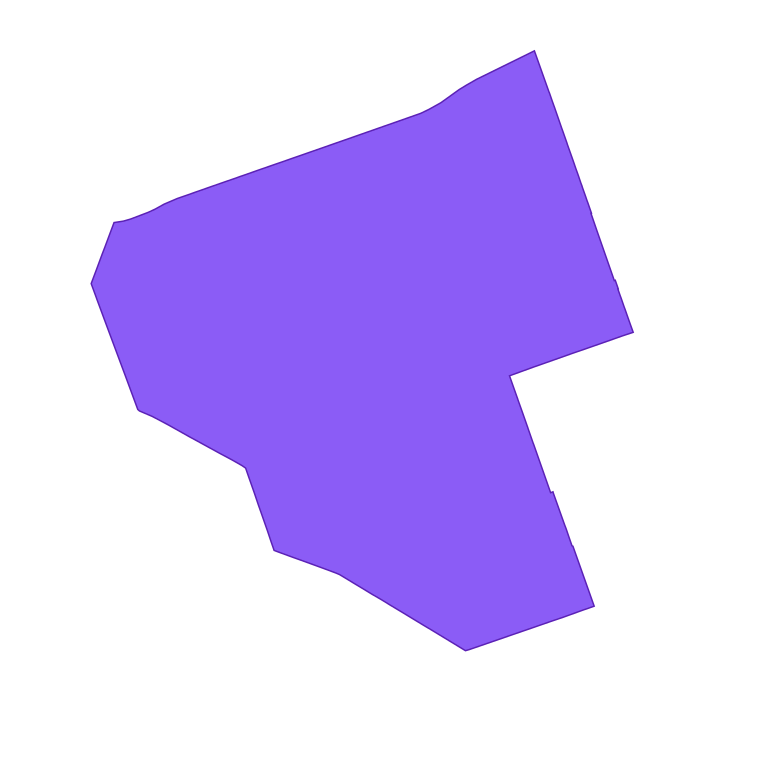 the district of Prospect, South Australia, Australia, rotated 74°
{"feature_id": "25037944B26135803940358", "entity_name": "Prospect", "entity_type": "district", "adm_level": 2, "iso_a3": "AUS", "parent_name": "Australia", "parent_adm1": "South Australia", "projection": "albers", "projection_center": [138.598, -34.885], "detail": "fine", "context": "isolated", "style": "filled", "palette": "violet", "viewbox_px": 768, "rotation_deg": 74, "n_neighbors": 0, "source": "geoboundaries", "source_scale": "gbopen_adm2", "svg_char_len": 2102}
<svg xmlns="http://www.w3.org/2000/svg" viewBox="0 0 768 768"><g transform="rotate(74 384 384)"><path d="M340.6,627.7L342.5,626.5L350.9,616.2L351.3,615.7L364.1,602.4L381.0,585.7L394.2,572.3L397.2,569.3L405.7,560.7L414.9,551.2L423.4,542.9L426.7,540.2L435.9,539.7L452.7,538.7L465.7,538.1L473.8,537.6L493.1,536.5L504.7,536.0L513.7,535.5L518.2,529.4L525.9,518.8L529.7,513.5L539.4,500.1L544.8,492.7L552.4,482.4L554.9,479.3L566.9,468.2L569.9,465.4L583.2,453.1L589.6,446.9L592.3,444.4L597.8,439.4L608.2,429.7L619.9,418.9L626.6,412.7L634.7,405.1L662.8,379.2L662.8,376.8L662.8,375.5L660.4,330.1L659.2,307.1L658.2,288.8L657.6,276.0L657.4,273.1L656.1,253.8L656.0,251.0L655.5,243.2L592.0,247.1L591.3,247.9L582.1,248.4L573.8,248.8L571.3,249.0L569.1,249.2L535.5,251.3L534.2,251.3L534.4,253.8L482.8,256.8L482.4,256.9L466.3,257.8L465.2,257.8L464.0,257.9L450.1,258.7L436.0,259.6L434.9,259.6L433.7,259.7L410.7,261.1L410.0,250.8L408.9,235.1L408.7,230.9L408.5,227.8L406.5,194.8L405.5,176.1L404.0,150.2L403.5,142.0L403.0,130.2L394.0,130.8L385.6,131.3L378.5,131.7L376.1,131.9L366.7,132.4L364.3,132.6L357.1,133.0L357.1,132.6L348.0,133.1L348.1,134.1L312.6,136.1L294.8,137.1L277.0,138.0L277.0,137.5L275.3,137.6L265.8,138.1L263.5,138.3L261.3,138.4L259.2,138.5L249.4,139.1L248.0,139.1L244.7,139.4L243.5,139.4L242.2,139.5L237.5,139.7L232.8,140.0L230.0,140.2L226.1,140.4L225.7,140.4L218.6,140.8L204.1,141.7L202.9,141.7L190.8,142.4L186.4,142.7L184.4,142.8L175.1,143.3L167.8,143.7L165.7,143.8L162.8,144.0L158.2,144.3L150.7,144.7L149.2,144.8L148.8,144.9L105.2,147.6L116.6,210.9L117.0,212.5L119.3,221.9L121.7,230.6L129.3,251.8L132.4,265.1L133.9,273.8L134.0,274.9L137.7,338.3L140.8,392.3L141.3,401.0L141.8,410.2L142.4,420.3L142.8,428.2L143.8,446.3L144.7,461.3L144.9,465.6L145.2,469.5L145.7,479.2L146.5,493.6L147.6,512.6L148.1,520.1L148.7,531.5L149.4,537.0L150.5,545.8L152.1,552.7L152.8,555.7L154.0,563.4L155.6,582.4L155.6,589.6L154.6,597.5L154.4,599.0L175.5,614.6L181.6,619.2L194.8,628.9L205.3,636.7L206.8,637.8L222.2,636.7L222.7,636.7L253.1,634.4L304.5,630.4L340.6,627.7Z" fill="#8b5cf6" stroke="#5b21b6" stroke-width="1.5"/></g></svg>